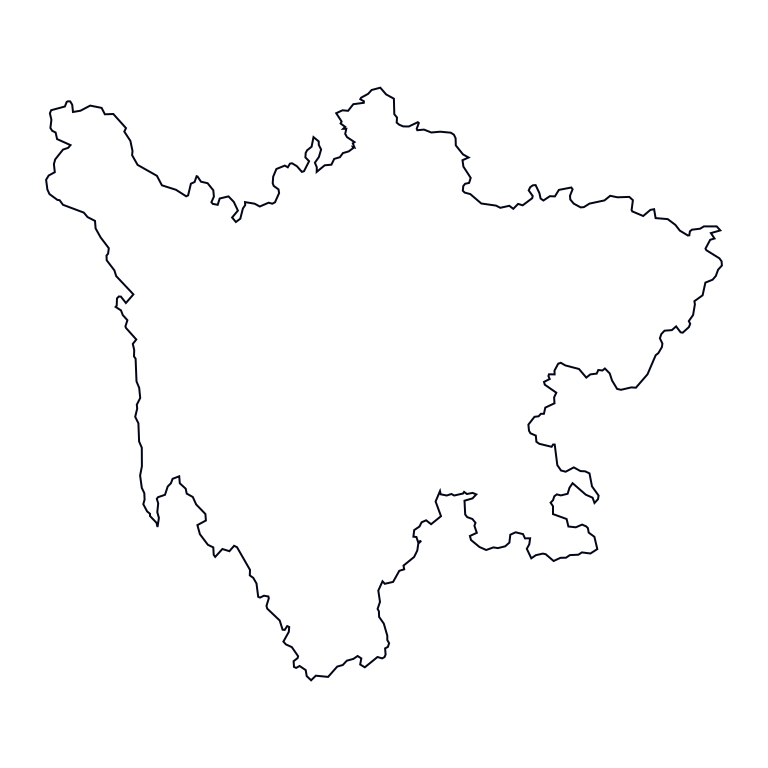 outline of Sichuan
{"feature_id": "CHN-1809", "entity_name": "Sichuan", "entity_type": "Province", "adm_level": 1, "iso_a3": "CHN", "parent_name": "China", "parent_adm1": "", "projection": "orthographic", "projection_center": [103.034, 30.167], "detail": "fine", "context": "isolated", "style": "outline", "palette": "ink", "viewbox_px": 768, "rotation_deg": 0, "n_neighbors": 0, "source": "natural_earth", "source_scale": "10m", "svg_char_len": 6076}
<svg xmlns="http://www.w3.org/2000/svg" viewBox="0 0 768 768"><path d="M720.3,230.4L710.9,233.1L714.5,238.5L710.2,239.8L705.5,248.6L706.3,250.2L719.4,258.3L721.6,261.4L721.9,265.5L718.1,269.7L715.8,276.0L712.6,279.7L705.4,282.6L702.6,295.3L694.4,301.2L694.9,304.3L693.1,315.0L688.8,321.1L690.2,323.8L688.9,327.1L682.7,332.7L680.6,332.3L676.1,326.4L671.9,330.1L664.5,330.7L661.3,334.1L659.9,338.3L662.4,343.6L661.9,347.1L658.3,353.2L655.7,355.2L647.5,374.3L635.9,387.7L631.3,387.4L621.0,389.8L617.1,388.9L612.1,380.6L609.7,373.4L604.9,368.5L602.4,370.5L598.3,370.0L596.7,373.6L590.3,374.4L586.3,377.6L579.0,369.0L565.3,365.4L560.8,362.8L558.2,363.7L554.5,370.6L554.6,374.4L549.0,374.3L548.4,376.0L549.7,379.0L544.0,381.9L544.8,384.7L556.3,392.7L554.1,397.4L554.5,403.3L545.3,407.6L543.9,413.8L540.9,413.8L538.6,416.3L534.5,416.8L528.4,424.6L529.0,430.7L530.5,433.3L535.8,435.6L536.4,441.8L539.3,443.8L551.6,446.8L553.1,444.5L554.7,444.5L557.3,465.1L561.0,470.5L565.7,471.7L573.8,467.4L580.5,471.1L585.1,471.3L589.5,473.4L592.0,486.4L598.6,495.6L598.0,499.2L594.5,503.0L592.6,497.7L585.8,494.7L572.6,483.2L569.5,487.7L567.6,493.8L560.9,495.4L556.8,494.4L554.3,496.3L553.0,500.2L550.6,502.7L553.0,506.2L553.0,514.1L566.6,519.0L568.4,526.5L575.8,527.3L582.1,524.6L586.2,526.4L587.9,528.1L588.7,532.6L594.4,536.8L597.3,549.1L590.4,553.5L581.9,552.4L578.4,554.7L569.9,555.1L566.0,557.7L560.5,557.8L553.6,561.0L545.7,554.2L542.9,553.6L535.8,555.2L531.3,558.3L526.8,548.8L529.3,544.2L530.1,538.3L525.0,538.4L523.0,534.1L515.6,532.3L510.3,534.7L509.4,542.6L505.2,546.3L497.9,548.1L493.4,547.4L486.2,550.0L479.5,547.0L471.0,540.0L469.9,536.0L476.8,532.8L474.4,525.8L475.5,522.8L472.4,519.0L467.2,517.1L465.2,514.5L464.5,500.7L472.5,498.4L476.3,494.4L472.6,492.9L466.9,494.0L464.1,491.9L463.1,493.5L454.2,495.5L451.4,494.0L446.7,495.5L440.7,494.3L440.0,491.1L435.6,501.5L441.0,516.2L431.1,524.2L426.1,520.3L421.6,522.3L419.5,526.5L414.2,530.1L413.4,536.7L416.4,537.0L418.0,541.8L421.2,540.9L418.3,543.6L417.3,550.5L414.1,557.0L403.5,565.6L404.2,569.3L399.3,570.8L393.1,581.9L384.8,583.8L382.5,581.3L378.3,590.6L380.0,601.9L377.6,608.9L378.9,611.3L379.1,616.9L383.8,623.6L387.3,635.7L387.3,640.0L389.1,643.2L387.9,646.9L385.1,648.4L385.6,654.5L384.6,657.0L382.2,658.4L377.5,657.0L364.8,667.3L360.2,664.5L361.3,658.4L357.6,656.0L353.4,658.9L346.8,660.7L342.8,665.0L337.2,666.6L328.1,676.9L315.8,675.7L311.1,680.3L306.7,676.1L305.7,670.1L299.6,666.0L296.1,667.9L294.0,666.9L293.6,661.2L297.6,658.1L298.1,656.2L291.8,647.1L285.9,644.4L283.4,641.6L288.8,631.9L289.2,627.0L287.2,626.1L284.7,629.9L282.6,629.7L279.7,620.5L267.2,608.6L266.5,605.8L268.8,598.3L268.4,596.5L264.0,595.7L260.0,597.6L258.2,596.8L256.5,583.5L253.3,577.9L249.8,575.4L250.0,569.9L237.0,547.2L234.1,545.8L229.4,551.2L222.4,549.0L215.2,556.9L213.7,554.8L213.3,547.4L207.9,544.8L199.9,534.2L197.4,525.1L205.9,520.5L205.4,514.0L196.2,504.5L192.8,497.0L186.7,493.6L185.7,488.7L179.8,483.3L179.2,476.3L172.6,478.8L170.9,483.3L167.7,486.5L165.0,494.8L158.0,497.2L156.8,498.8L158.2,503.4L157.3,512.1L158.9,517.9L157.5,527.0L156.5,522.8L150.0,516.0L150.0,513.8L147.1,511.4L143.3,504.2L144.6,499.5L144.3,493.1L141.8,487.9L140.1,475.5L141.9,466.3L141.8,447.7L139.1,441.5L138.4,423.3L135.2,416.8L137.2,408.5L136.8,404.7L140.2,398.0L139.2,387.9L136.5,381.4L135.6,358.7L134.0,356.4L134.2,350.0L132.8,343.9L136.3,339.5L126.1,328.1L125.4,326.5L127.4,320.2L122.8,315.1L121.0,310.4L115.6,306.9L116.7,305.7L117.0,298.4L118.8,296.5L120.9,296.6L125.9,303.0L133.4,294.4L116.2,276.1L114.4,270.4L106.7,260.3L106.5,255.6L108.1,253.6L108.8,248.2L100.6,237.4L95.6,228.4L95.0,220.9L87.6,217.1L83.8,212.6L63.0,204.8L59.6,200.2L57.4,199.9L49.5,194.1L47.4,189.6L46.1,179.8L48.7,175.5L54.8,172.2L53.9,164.1L55.2,159.4L63.0,149.6L68.2,147.8L70.5,145.1L57.1,139.1L55.6,132.5L52.2,130.8L50.4,128.0L51.4,119.8L49.9,113.3L51.2,110.2L64.9,106.5L66.7,101.9L68.0,101.3L70.2,101.4L72.2,104.7L73.0,112.0L80.5,110.7L90.2,105.6L101.6,107.9L104.9,114.3L113.3,114.0L126.0,128.1L124.3,131.6L130.4,140.9L132.5,151.0L132.1,155.2L137.6,164.9L156.9,175.8L161.9,185.3L176.0,189.8L186.2,196.3L188.1,195.4L190.9,183.7L194.6,182.0L196.6,176.2L197.5,176.5L201.0,181.7L207.6,183.2L213.3,190.3L213.9,196.6L211.4,202.2L212.8,203.9L217.7,204.8L219.7,198.5L228.5,196.4L233.8,201.9L237.9,210.6L232.1,217.5L235.9,222.0L240.3,218.7L242.9,208.5L245.2,205.1L245.0,202.1L254.6,203.7L259.8,206.5L268.6,202.7L272.3,203.7L275.0,202.3L279.1,193.1L278.5,189.4L273.7,185.9L272.7,183.2L273.2,176.6L276.4,169.0L284.8,165.6L287.8,167.3L290.0,163.6L292.1,163.3L296.9,166.2L301.9,171.9L304.0,171.2L309.1,161.2L305.4,157.4L305.7,152.9L307.1,150.3L311.6,146.7L313.5,137.1L318.7,141.4L318.8,144.9L321.1,149.5L318.9,157.0L314.9,162.7L316.8,167.3L316.7,171.9L324.7,165.3L331.4,164.7L334.2,158.9L339.9,157.2L342.9,153.1L348.7,151.4L353.3,148.0L352.8,147.0L354.5,147.5L352.8,143.3L354.5,142.1L347.0,137.1L345.2,133.9L346.3,128.8L343.2,128.8L345.2,126.9L340.6,123.5L341.6,121.5L336.2,113.2L342.5,110.3L348.1,110.8L353.3,104.2L363.8,102.8L363.9,101.3L360.3,99.2L361.1,97.7L368.2,93.8L371.6,90.0L380.3,87.7L386.1,94.4L393.9,98.7L394.3,114.2L397.0,117.5L396.7,122.6L399.2,124.7L403.2,126.4L408.8,126.5L417.8,122.2L418.8,123.0L416.7,128.8L417.3,130.2L424.0,129.6L431.3,132.5L440.2,131.7L450.8,132.7L453.9,134.7L455.6,138.2L455.8,145.4L463.0,154.4L468.6,157.5L462.5,160.2L463.4,166.6L470.7,177.9L469.1,182.9L465.1,183.8L463.3,186.0L462.8,190.7L464.7,192.6L470.3,194.1L481.3,203.5L496.0,205.6L500.3,207.8L509.3,205.8L513.3,208.8L518.1,203.9L522.7,205.3L532.2,198.2L532.7,196.0L528.7,190.4L530.2,187.2L532.9,185.3L535.6,185.1L539.4,193.1L540.6,198.5L543.4,200.5L549.9,196.2L554.9,196.4L558.9,189.9L571.3,187.5L572.6,189.3L570.0,195.7L570.3,199.5L573.7,203.6L580.7,207.4L583.9,207.1L589.5,203.6L604.5,200.4L610.2,195.8L617.5,197.3L629.3,196.9L632.9,200.2L631.6,210.1L632.3,211.4L643.2,216.0L650.4,209.9L654.1,209.2L655.6,218.1L667.7,219.1L675.4,224.9L679.8,230.6L687.9,235.5L689.3,235.3L689.9,231.4L691.9,229.7L700.1,228.7L703.9,226.4L716.7,226.4L720.3,230.4Z" fill="none" stroke="#020617" stroke-width="2"/></svg>